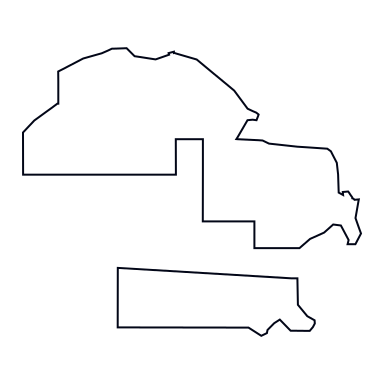 the district of Wagait, Northern Territory, Australia
{"feature_id": "25037944B50083435969321", "entity_name": "Wagait", "entity_type": "district", "adm_level": 2, "iso_a3": "AUS", "parent_name": "Australia", "parent_adm1": "Northern Territory", "projection": "orthographic", "projection_center": [130.755, -12.442], "detail": "fine", "context": "isolated", "style": "outline", "palette": "ink", "viewbox_px": 384, "rotation_deg": 0, "n_neighbors": 0, "source": "geoboundaries", "source_scale": "gbopen_adm2", "svg_char_len": 1661}
<svg xmlns="http://www.w3.org/2000/svg" viewBox="0 0 384 384"><path d="M358.8,199.4L354.5,199.8L354.4,199.7L354.1,199.3L353.6,198.9L353.4,198.7L353.2,198.6L352.9,198.5L352.7,198.4L352.3,198.3L352.3,198.1L352.3,197.8L352.2,197.4L352.1,197.2L351.6,196.4L351.3,196.1L351.1,195.8L350.5,194.9L349.8,193.9L349.6,193.5L349.4,193.2L348.7,192.2L348.3,191.8L348.1,191.5L342.8,192.0L343.1,195.0L338.7,192.6L338.1,174.5L336.8,162.8L332.1,153.7L330.9,151.3L327.3,148.7L305.3,147.2L297.4,146.7L286.4,145.5L269.0,143.6L262.6,140.5L258.4,140.2L237.5,139.2L236.4,139.1L237.8,136.9L247.5,120.2L252.6,119.7L256.5,120.2L258.3,115.5L258.6,114.5L256.2,112.6L252.9,111.2L247.6,108.7L234.2,90.6L218.3,77.4L213.9,73.8L208.5,69.3L196.7,59.5L186.0,56.4L175.7,53.4L174.3,52.9L173.9,53.0L173.9,51.7L168.6,53.1L169.1,54.7L162.5,57.0L155.9,59.3L155.5,59.4L147.7,58.2L140.7,57.1L134.6,56.2L133.5,55.1L127.4,49.0L126.6,48.2L121.7,48.4L118.6,48.5L116.0,48.6L111.9,48.7L108.1,50.5L101.7,53.3L98.8,54.1L83.2,58.5L67.3,66.8L64.5,68.3L62.1,69.5L58.2,71.5L58.3,81.5L58.3,100.1L58.3,103.7L57.3,103.7L51.8,107.8L50.0,109.1L46.8,111.4L34.3,120.5L23.0,132.5L23.1,174.7L98.4,174.7L148.8,174.7L175.9,174.7L175.8,139.2L202.9,139.2L202.9,169.1L202.8,221.4L254.4,221.4L254.4,248.1L299.5,248.1L310.1,238.9L324.1,232.6L333.2,224.5L340.9,225.5L348.6,240.0L347.6,244.2L355.4,244.2L361.0,233.5L358.7,227.2L355.5,218.1L358.7,199.9L358.8,199.4ZM261.3,335.8L266.9,333.1L267.5,330.0L274.2,323.2L279.8,319.6L290.6,330.7L309.7,330.9L312.9,327.1L314.8,323.5L314.6,320.3L307.3,316.2L297.9,304.8L297.4,278.3L290.9,278.3L117.8,267.9L117.7,327.4L248.5,327.6L261.3,335.8Z" fill="none" stroke="#020617" stroke-width="2"/></svg>